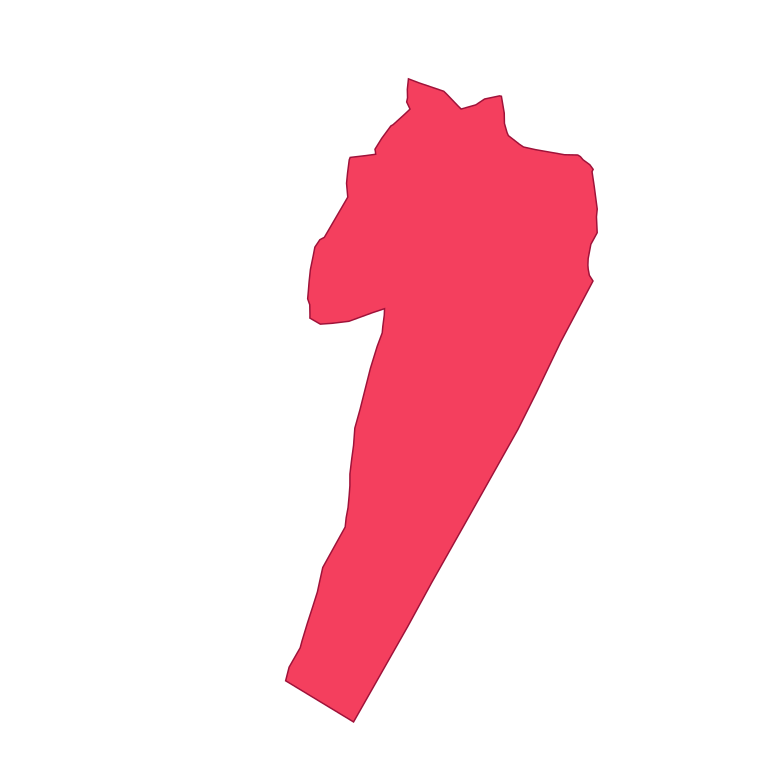 Tchirozérine, Agadez, Niger, rotated 120°
{"feature_id": "23599985B66307714151869", "entity_name": "Tchirozérine", "entity_type": "district", "adm_level": 2, "iso_a3": "NER", "parent_name": "Niger", "parent_adm1": "Agadez", "projection": "equal_earth", "projection_center": [8.551, 17.383], "detail": "fine", "context": "isolated", "style": "filled", "palette": "rose", "viewbox_px": 768, "rotation_deg": 120, "n_neighbors": 0, "source": "geoboundaries", "source_scale": "gbopen_adm2", "svg_char_len": 1393}
<svg xmlns="http://www.w3.org/2000/svg" viewBox="0 0 768 768"><g transform="rotate(120 384 384)"><path d="M107.5,515.4L117.2,511.1L124.4,506.7L128.4,505.4L132.9,498.9L140.0,501.0L154.9,505.8L157.1,507.1L172.4,508.8L185.2,509.2L187.1,507.6L189.2,506.1L195.1,513.7L204.7,526.6L207.2,526.2L219.4,521.1L228.9,516.8L240.3,508.8L286.8,509.0L291.1,511.7L300.0,512.3L308.1,509.5L321.6,505.0L333.3,499.8L341.5,495.9L348.4,492.7L352.5,487.9L361.3,482.6L364.0,481.1L364.0,469.1L357.4,459.3L347.2,445.7L328.3,429.9L318.5,421.2L324.2,418.2L335.0,413.7L340.6,411.1L354.9,408.7L377.2,403.6L397.7,397.8L417.7,392.1L436.8,387.2L452.3,379.7L465.0,374.5L479.0,368.5L489.1,362.7L498.0,358.4L509.1,353.3L518.7,349.9L527.3,346.1L573.5,345.3L586.5,341.2L597.4,337.7L612.3,334.4L630.1,330.6L647.6,326.5L654.3,324.7L676.7,324.6L690.2,320.8L691.9,241.4L581.7,242.2L532.7,243.4L451.7,244.2L356.4,245.3L315.6,247.7L259.3,252.0L190.3,254.5L187.2,260.5L182.4,264.6L179.2,266.8L173.3,269.9L159.6,274.7L146.4,275.0L133.0,283.6L125.9,286.8L118.5,292.5L107.8,300.7L96.1,310.0L93.5,310.2L91.2,315.4L90.3,323.7L88.9,327.6L88.8,330.7L95.2,342.3L105.3,370.0L109.0,381.7L108.6,387.5L108.6,387.0L106.7,400.5L104.7,403.2L98.1,410.0L89.3,415.3L83.5,420.1L76.1,426.2L76.7,428.0L86.9,439.4L96.4,444.1L107.3,454.7L106.2,458.9L101.7,474.3L100.6,478.6L105.7,504.2L107.5,515.4Z" fill="#f43f5e" stroke="#9f1239" stroke-width="1.5"/></g></svg>